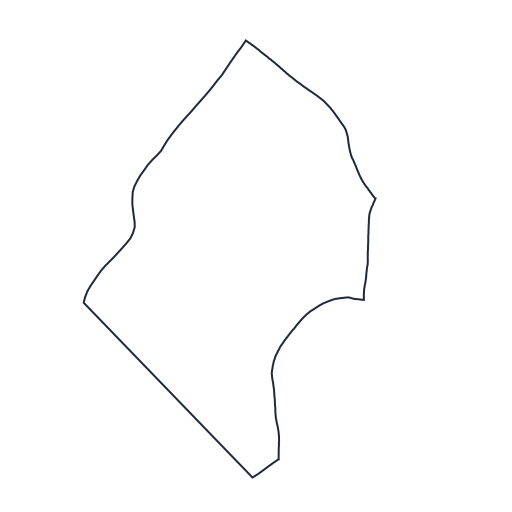 the district of Jabal Murad, Ma'rib, Yemen, rotated 226°
{"feature_id": "15242507B48371186390559", "entity_name": "Jabal Murad", "entity_type": "district", "adm_level": 2, "iso_a3": "YEM", "parent_name": "Yemen", "parent_adm1": "Ma'rib", "projection": "natural_earth1", "projection_center": [45.169, 15.045], "detail": "fine", "context": "isolated", "style": "outline", "palette": "slate", "viewbox_px": 512, "rotation_deg": 226, "n_neighbors": 0, "source": "geoboundaries", "source_scale": "gbopen_adm2", "svg_char_len": 5189}
<svg xmlns="http://www.w3.org/2000/svg" viewBox="0 0 512 512"><g transform="rotate(226 256 256)"><path d="M99.1,99.6L99.0,100.2L97.7,106.2L96.8,112.8L96.0,119.0L95.2,124.7L94.2,130.5L93.9,131.0L95.1,132.1L96.3,133.2L96.9,133.9L98.3,135.2L99.6,136.6L100.4,137.3L101.6,138.5L102.2,139.2L103.3,140.3L104.2,141.3L105.1,142.2L106.0,142.9L106.5,143.7L107.2,144.4L107.8,145.0L108.6,145.6L109.8,146.8L110.5,147.5L111.6,148.2L113.0,149.4L113.7,150.0L115.1,150.9L116.0,151.6L117.8,152.8L118.7,153.4L121.3,154.9L122.8,155.8L123.5,156.4L125.5,157.7L126.5,158.4L127.8,159.5L128.6,160.1L129.8,161.1L130.4,161.7L131.3,162.4L132.4,163.5L133.0,164.1L134.3,165.1L135.5,166.0L136.1,166.6L137.7,168.0L138.9,169.1L139.5,169.7L140.7,170.6L141.5,171.2L142.4,171.9L143.6,172.9L144.5,173.7L146.4,175.3L147.4,176.2L148.5,176.9L149.3,177.5L150.3,178.2L151.6,179.2L152.5,179.9L153.9,180.9L154.7,181.3L156.0,182.2L156.7,182.8L157.7,183.4L158.6,184.3L159.5,184.9L160.6,185.8L161.5,186.8L162.3,187.7L163.0,188.7L164.0,190.1L165.0,191.3L166.0,192.9L166.7,193.9L167.3,194.8L168.0,195.8L168.6,197.0L169.1,198.2L169.8,199.2L170.4,200.6L171.1,202.2L171.6,204.1L172.4,205.7L172.6,206.8L172.9,208.0L173.4,209.0L173.7,209.9L174.2,211.8L174.3,212.8L174.6,214.2L174.9,215.9L175.3,217.4L175.8,220.2L175.9,221.7L176.3,224.1L176.6,225.7L176.8,227.5L177.1,229.5L177.3,231.8L177.3,233.1L177.6,234.6L177.9,236.6L178.2,239.2L178.2,240.5L178.6,243.6L178.6,244.6L178.8,246.4L178.8,248.5L178.8,250.0L178.8,251.1L178.8,252.0L178.8,253.2L178.5,254.5L178.6,255.6L178.3,257.7L177.9,259.1L177.5,261.1L177.1,263.4L176.7,265.5L176.2,267.9L175.7,269.5L175.3,271.0L174.8,272.6L174.1,274.2L173.5,275.8L172.7,277.6L172.2,278.8L171.8,279.8L171.1,281.2L170.6,282.2L170.0,283.3L169.4,284.1L168.7,285.0L168.0,286.1L167.4,286.9L166.1,288.6L165.4,289.5L164.9,290.2L164.4,290.9L163.6,291.8L163.0,292.6L162.3,293.5L161.1,294.4L160.1,295.0L159.1,295.5L157.3,296.6L156.3,297.3L155.0,298.5L154.4,299.1L153.5,299.8L152.3,300.7L151.4,301.5L150.5,302.2L149.8,302.9L149.5,303.2L150.5,304.0L151.1,304.6L151.7,305.3L152.6,306.0L153.4,306.8L153.9,307.5L154.9,308.4L155.7,309.3L156.5,310.2L157.8,311.8L158.3,312.7L159.5,314.0L160.4,315.5L161.4,316.8L162.5,318.3L163.6,319.6L164.5,320.8L165.4,321.7L166.7,323.2L167.8,324.5L168.7,325.7L169.6,326.7L170.5,327.8L171.2,328.8L172.1,330.1L173.1,331.2L174.0,332.2L175.2,333.4L176.5,334.6L177.9,335.9L179.3,337.4L180.8,338.7L181.3,339.4L182.2,340.2L182.9,341.1L183.9,342.1L184.9,343.0L186.2,344.5L187.5,345.8L189.0,347.4L190.5,348.8L191.7,350.0L192.5,350.7L193.8,352.2L194.4,352.9L195.7,354.1L196.4,354.8L197.3,355.9L199.1,357.6L200.8,359.4L201.5,360.3L202.7,361.5L203.8,362.5L204.4,363.4L205.2,364.1L205.8,364.9L206.6,365.8L207.4,366.8L208.0,367.8L208.6,368.9L209.1,369.8L209.5,370.6L210.0,371.7L210.7,372.8L211.1,374.3L211.8,376.0L212.5,377.3L213.0,378.6L213.5,380.1L214.0,381.1L214.4,382.0L214.8,381.8L216.0,381.8L217.3,382.0L218.3,382.0L219.1,382.2L220.5,382.3L221.4,382.6L222.7,382.6L224.3,382.9L225.3,382.9L227.1,383.4L229.0,383.5L229.9,383.5L231.8,383.9L233.5,384.2L235.2,384.5L236.9,385.0L238.4,385.3L240.0,385.9L241.7,386.4L243.4,387.0L244.8,387.6L246.4,388.2L248.0,388.8L249.4,389.4L250.8,390.0L252.2,390.6L253.2,390.9L254.7,391.5L255.5,391.6L256.2,392.1L257.8,392.7L258.7,392.9L259.6,393.2L260.4,393.3L261.4,394.0L262.6,394.4L263.4,394.9L264.9,395.7L266.8,396.9L268.7,398.0L269.3,398.5L270.9,399.6L271.8,400.2L273.3,401.2L274.7,402.3L276.1,403.4L277.4,404.3L278.4,405.1L280.1,405.9L281.4,406.7L282.3,407.1L283.9,407.9L285.3,408.5L286.5,408.7L287.3,409.1L288.1,409.1L289.1,409.3L289.9,409.5L291.3,409.6L294.4,410.1L296.1,410.4L297.9,410.7L299.9,411.0L301.9,411.3L304.0,411.6L306.0,411.9L307.8,412.1L308.9,412.1L310.8,412.4L312.8,412.4L314.4,412.4L315.2,412.4L316.9,412.4L318.2,412.4L319.3,412.4L321.7,412.3L323.1,412.1L325.7,411.7L327.9,411.4L330.2,411.0L333.0,410.4L335.7,409.9L338.3,409.3L341.8,408.7L344.3,408.1L346.9,407.7L348.9,407.4L350.8,407.1L352.4,406.7L353.9,406.5L354.9,406.4L356.2,406.2L357.6,406.1L358.4,405.9L359.5,405.9L361.3,405.5L362.6,405.3L364.4,405.2L366.0,404.9L367.1,404.9L368.5,404.9L370.1,404.6L370.9,404.6L371.8,404.6L373.5,404.3L374.5,404.3L376.3,404.3L377.4,404.0L378.8,404.0L380.6,403.7L381.7,403.7L383.9,403.4L385.0,403.2L387.1,403.1L388.8,402.6L390.6,402.6L392.4,402.4L394.4,402.0L396.2,401.8L398.3,401.5L400.3,401.2L402.3,401.2L404.1,400.8L405.9,400.6L407.1,400.4L408.8,400.1L409.6,400.1L410.3,399.7L411.4,399.7L412.8,399.4L413.9,399.4L414.6,398.9L415.8,398.8L416.7,398.7L418.1,398.4L417.7,396.6L416.4,390.5L415.4,383.8L414.1,377.0L412.7,370.2L411.4,364.2L409.8,356.9L409.2,350.6L408.1,343.5L407.3,337.0L406.7,330.8L406.2,324.5L405.7,317.7L405.0,310.8L404.6,304.3L404.2,298.2L403.6,291.9L402.8,285.5L402.0,279.6L400.7,272.3L399.2,266.4L397.6,260.8L397.2,254.9L397.2,248.7L396.7,241.6L395.5,235.5L394.3,228.7L392.6,222.7L390.4,216.6L387.6,211.7L383.2,207.0L380.6,204.4L378.9,202.8L374.3,199.3L369.5,195.7L365.0,192.5L361.0,188.8L358.0,183.4L356.0,178.0L355.2,171.8L354.7,165.8L354.3,159.5L353.9,153.0L353.8,146.9L353.7,142.8L353.7,140.9L353.1,134.3L352.0,128.4L350.7,122.2L349.4,116.0L347.7,110.1L345.2,104.6L342.1,99.6L99.1,99.6Z" fill="none" stroke="#1e293b" stroke-width="2"/></g></svg>